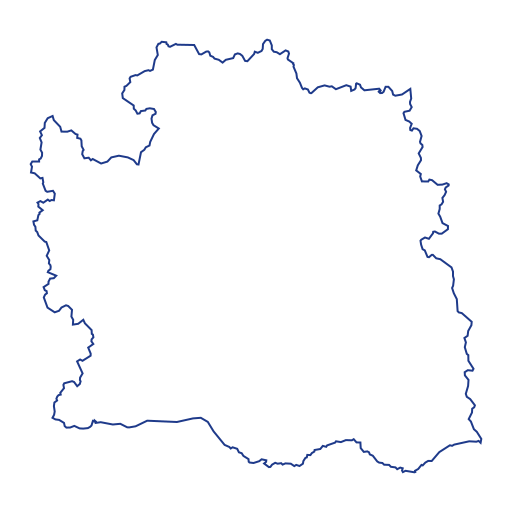 Huiliches, Neuquén, Argentina
{"feature_id": "61730980B75660067581001", "entity_name": "Huiliches", "entity_type": "district", "adm_level": 2, "iso_a3": "ARG", "parent_name": "Argentina", "parent_adm1": "Neuquén", "projection": "equal_earth", "projection_center": [-71.371, -39.778], "detail": "fine", "context": "isolated", "style": "outline", "palette": "blue", "viewbox_px": 512, "rotation_deg": 0, "n_neighbors": 0, "source": "geoboundaries", "source_scale": "gbopen_adm2", "svg_char_len": 5864}
<svg xmlns="http://www.w3.org/2000/svg" viewBox="0 0 512 512"><path d="M410.3,88.9L402.0,94.5L395.3,95.7L393.1,94.6L392.2,91.0L388.4,86.8L385.6,86.8L383.6,91.8L382.1,93.0L380.2,93.1L378.7,91.7L379.2,91.0L380.1,91.5L380.7,90.5L379.2,88.7L364.4,90.3L361.0,87.4L360.0,84.7L356.7,83.3L356.1,83.7L355.6,88.1L354.5,89.5L351.2,90.9L350.6,86.6L346.3,85.2L335.9,89.2L331.8,86.3L329.5,86.7L324.6,85.4L317.8,87.3L311.4,93.1L310.4,93.1L309.4,92.6L307.9,89.5L304.8,88.4L303.2,89.3L302.0,87.9L299.9,82.7L297.0,78.2L296.4,73.5L293.5,66.7L293.9,65.0L293.0,63.8L293.3,63.2L287.9,59.5L287.5,58.2L289.0,53.6L288.3,51.5L285.6,50.4L279.9,54.2L276.7,52.2L273.8,51.7L271.8,49.2L271.8,45.4L269.8,40.5L267.1,39.7L265.3,40.8L263.0,44.1L262.7,48.9L261.5,51.0L257.8,52.8L254.8,51.7L254.1,54.0L247.4,61.2L245.1,60.9L242.3,55.8L240.0,54.0L237.7,53.4L234.9,54.4L233.2,58.1L225.8,59.8L222.6,62.6L218.8,59.8L214.5,58.6L213.1,56.9L210.3,55.7L209.3,52.4L208.1,51.4L206.2,51.6L201.4,54.4L199.1,54.1L194.2,45.0L177.3,44.7L175.9,43.9L170.0,46.8L168.5,46.3L167.8,44.6L166.6,44.0L166.3,42.3L161.7,41.8L159.7,43.7L158.4,43.8L156.5,47.4L157.8,55.0L154.8,60.0L152.9,69.6L150.0,70.9L148.5,70.2L144.7,71.1L137.3,75.4L135.5,75.1L130.6,76.8L129.6,78.4L130.3,82.1L126.4,85.9L124.5,86.7L124.4,90.0L122.2,93.4L122.8,98.1L133.7,105.5L133.8,108.7L135.7,110.5L137.4,113.7L139.6,113.4L140.9,111.1L145.3,110.5L146.4,108.9L149.8,108.3L154.0,109.0L155.8,112.0L155.5,113.8L152.5,115.3L151.5,118.6L152.1,122.8L153.5,125.2L158.8,128.5L154.0,134.0L150.2,141.9L149.5,145.5L145.8,147.3L144.3,149.8L141.0,152.2L138.5,164.5L136.9,164.3L133.6,160.1L127.8,157.4L118.9,155.7L111.3,157.4L107.4,161.6L101.1,163.5L92.7,159.0L90.9,160.3L88.7,157.7L84.4,158.3L82.2,154.2L82.7,151.1L83.6,149.9L81.7,146.3L81.4,140.4L80.4,138.7L77.2,137.9L77.5,134.6L75.5,134.0L71.3,130.4L67.2,131.7L61.5,131.6L60.2,126.8L53.8,120.1L52.6,116.0L47.7,118.2L44.8,122.9L44.5,127.9L40.1,131.4L41.9,135.2L39.8,138.0L41.6,142.4L40.4,149.6L42.1,152.7L42.0,155.9L40.7,158.5L39.1,159.4L39.1,161.5L32.3,161.5L30.7,164.1L32.0,166.7L31.0,172.5L34.7,173.3L40.3,178.4L42.5,177.9L43.3,182.3L42.8,183.6L45.6,190.8L47.2,191.8L53.0,190.8L54.8,193.7L53.9,200.3L51.5,200.0L49.7,201.0L47.8,199.6L43.3,202.7L40.4,201.1L37.5,202.6L38.5,204.1L38.3,206.6L42.7,210.2L39.4,212.6L39.6,213.9L38.4,215.1L37.3,220.3L33.4,221.4L34.0,224.7L35.4,226.8L35.7,230.6L37.2,232.0L38.5,235.5L44.7,241.6L46.3,242.0L49.2,250.4L46.7,255.8L49.3,260.1L48.9,263.4L50.4,265.2L50.7,266.9L50.4,269.2L48.4,270.7L47.8,272.2L56.2,275.7L53.8,278.2L50.1,278.6L48.5,281.7L48.5,283.9L43.6,287.1L44.8,290.2L46.6,291.1L46.9,293.3L45.1,294.6L43.8,297.4L47.5,307.6L54.7,312.3L59.0,310.8L61.5,307.5L66.0,305.3L68.2,306.0L72.0,309.8L71.4,316.6L73.2,319.8L72.9,324.6L78.2,323.8L83.3,319.8L84.9,323.3L91.6,330.1L91.8,333.9L92.9,334.6L93.4,337.3L91.6,339.4L91.4,341.3L93.3,344.0L88.2,347.6L90.7,353.7L90.6,355.7L82.5,360.8L80.1,359.5L77.1,361.4L82.6,373.4L80.1,377.6L79.9,380.1L80.6,381.3L79.8,384.0L77.2,386.2L74.1,382.0L72.1,381.2L64.2,383.3L63.4,384.9L64.0,388.2L60.3,392.8L60.7,394.6L58.6,395.1L57.3,396.5L56.4,398.7L57.1,400.5L54.4,402.5L53.9,406.1L54.7,411.5L54.1,414.8L52.5,417.8L55.4,419.4L59.1,419.9L64.0,422.9L64.7,426.1L66.4,427.6L70.2,427.5L74.3,425.9L79.6,428.4L83.2,428.6L87.9,428.1L90.2,426.8L91.5,425.5L92.9,420.9L94.2,421.5L94.5,420.4L96.0,421.7L95.8,422.9L100.7,422.2L112.8,424.5L120.3,423.8L127.2,427.3L129.2,427.4L135.6,426.3L147.2,420.7L176.9,422.0L193.0,418.4L200.8,417.8L207.8,421.9L213.6,431.4L224.6,444.9L229.4,447.0L230.7,448.5L232.6,447.3L237.2,448.8L238.9,452.3L241.7,453.2L243.4,455.9L248.5,459.1L248.7,461.7L249.5,462.5L253.5,463.0L259.2,461.2L261.6,459.3L266.3,460.3L266.1,461.8L264.1,463.5L268.9,467.1L270.4,466.9L272.0,464.7L275.2,462.8L277.6,463.7L281.2,463.2L282.6,464.6L285.4,463.4L290.8,463.7L294.3,466.1L296.2,464.9L299.5,466.0L302.9,463.7L303.4,461.0L305.4,457.9L306.8,457.4L307.3,454.9L310.4,455.1L311.8,453.1L314.3,451.6L314.6,450.0L320.3,449.0L322.8,445.9L326.2,446.8L327.1,445.4L335.1,442.6L336.0,441.3L340.9,442.1L345.9,440.1L351.9,440.3L353.7,439.2L356.5,442.4L360.4,442.5L360.7,448.1L363.8,451.9L367.3,451.4L369.0,452.3L369.8,454.4L372.8,455.7L377.2,461.4L379.1,462.6L382.4,463.0L384.1,464.7L389.1,464.9L390.9,466.8L395.5,467.4L397.2,469.2L400.2,467.6L402.7,468.3L402.0,470.5L402.9,472.1L405.5,470.8L414.5,472.3L415.3,472.0L415.0,470.8L418.2,469.0L421.5,464.9L422.7,465.4L425.3,462.6L428.2,460.9L431.7,461.0L439.3,452.1L449.9,445.3L452.1,445.8L454.2,444.6L469.2,441.3L476.4,441.7L478.6,440.9L480.6,442.8L481.3,438.9L476.8,431.8L473.9,429.2L470.9,421.5L468.7,419.1L472.0,412.5L472.2,408.7L474.2,407.3L474.9,405.3L470.2,399.1L466.8,396.8L465.8,393.8L468.1,386.0L468.5,379.9L464.9,375.4L464.7,372.2L467.8,370.2L472.5,370.7L473.5,368.8L468.4,360.8L468.3,355.1L466.8,353.9L464.8,347.2L465.9,342.4L464.4,338.0L467.6,335.8L468.2,331.0L471.4,325.2L471.7,321.8L461.8,313.1L458.8,312.4L457.6,311.1L456.8,299.1L453.8,293.2L452.1,288.0L453.1,285.8L453.9,279.3L453.0,276.1L453.0,271.6L451.5,267.4L440.3,259.2L436.2,258.3L432.9,254.9L431.7,254.9L429.0,257.2L427.5,256.9L424.8,250.4L422.6,249.2L421.1,244.6L420.5,240.7L421.3,239.7L425.0,237.5L428.9,238.8L433.0,233.3L433.2,231.8L434.9,231.5L439.0,233.7L441.7,233.7L447.9,229.2L448.0,226.0L442.5,223.1L440.2,216.7L438.4,213.6L439.7,209.0L439.7,205.5L441.5,204.4L443.1,201.8L442.4,197.9L444.6,195.1L446.1,191.8L444.9,189.3L445.7,187.5L448.6,185.5L448.7,184.4L446.6,183.2L442.3,184.6L437.6,184.8L432.1,180.2L429.4,179.6L428.2,181.5L421.9,181.4L420.2,176.5L420.8,174.0L416.2,170.4L417.8,165.3L421.0,160.2L420.9,157.9L418.7,153.4L422.6,147.0L422.3,144.9L420.5,143.4L420.0,141.8L421.6,136.0L419.7,131.0L417.0,128.8L413.5,128.3L411.9,130.6L410.3,130.0L410.1,127.9L411.7,123.8L409.2,121.5L405.5,119.9L403.5,113.2L404.4,111.8L409.6,110.7L411.7,107.1L410.1,104.0L410.0,101.9L411.2,98.5L410.3,88.9Z" fill="none" stroke="#1e3a8a" stroke-width="2"/></svg>